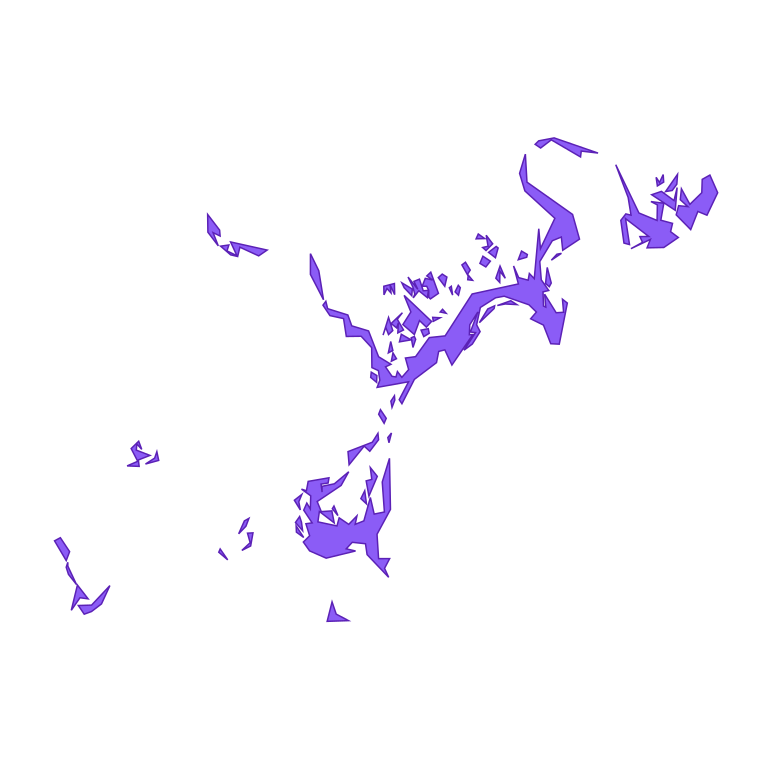 Rock Islands, Palau, rotated 7°
{"feature_id": "81905179B25065420091435", "entity_name": "Rock Islands", "entity_type": "district", "adm_level": 2, "iso_a3": "PLW", "parent_name": "Palau", "parent_adm1": "", "projection": "albers", "projection_center": [134.386, 7.235], "detail": "fine", "context": "isolated", "style": "filled", "palette": "violet", "viewbox_px": 768, "rotation_deg": 7, "n_neighbors": 0, "source": "geoboundaries", "source_scale": "gbopen_adm2", "svg_char_len": 6209}
<svg xmlns="http://www.w3.org/2000/svg" viewBox="0 0 768 768"><g transform="rotate(7 384 384)"><path d="M533.4,198.7L522.8,230.6L518.7,211.0L520.3,261.1L514.8,256.6L514.4,263.4L504.7,262.0L498.2,251.0L505.2,268.3L460.5,283.9L438.8,328.8L423.3,332.4L412.0,353.0L402.1,355.6L406.7,366.7L400.9,375.2L395.8,370.0L395.0,375.5L391.0,375.4L383.4,366.8L388.5,363.6L375.3,357.6L362.2,333.2L344.9,330.2L339.7,319.9L318.9,316.1L316.2,309.0L313.8,313.2L322.0,322.7L335.9,324.0L340.8,341.4L355.5,339.4L367.3,349.4L370.0,369.2L376.8,371.4L379.4,380.8L377.6,388.2L408.1,378.8L401.0,397.7L404.2,401.4L413.6,375.7L433.5,356.4L434.3,345.0L440.2,342.7L449.1,356.9L466.1,324.1L462.7,324.7L461.9,314.8L468.4,301.0L463.4,321.9L468.6,321.8L459.3,340.7L466.8,333.6L473.0,320.3L468.7,313.9L470.3,296.3L484.3,284.8L492.6,282.2L518.2,287.7L526.5,294.0L521.6,301.4L535.1,306.1L544.6,323.7L553.1,323.1L556.1,281.3L550.8,278.1L553.5,290.9L546.2,292.3L532.5,275.3L535.2,288.0L532.8,287.2L530.6,273.2L536.1,271.1L527.4,261.4L523.7,243.5L533.6,221.3L542.1,216.5L545.1,229.5L560.4,216.4L550.5,192.7L501.3,166.2L496.3,138.6L492.9,158.4L500.3,175.2L533.4,198.7ZM329.6,530.6L323.5,532.2L328.7,543.7L323.2,550.7L330.5,558.7L347.8,563.9L376.1,553.2L366.6,552.2L371.8,545.0L385.1,544.8L388.0,555.4L412.2,575.3L407.0,566.9L410.9,556.6L399.9,558.0L395.4,534.0L405.7,507.7L398.5,457.1L394.2,481.5L400.0,511.0L390.1,514.3L384.3,498.3L380.7,522.3L372.5,526.8L373.2,518.2L366.1,527.6L355.8,522.3L354.6,530.6L335.2,528.9L335.4,518.4L351.5,527.9L347.7,516.3L337.3,518.3L332.0,508.8L353.8,489.9L359.7,475.4L346.9,489.1L335.0,493.1L335.7,498.8L333.7,491.0L340.6,489.1L340.8,483.8L320.6,489.9L320.0,499.4L314.9,498.4L324.9,503.9L326.1,517.0L321.9,511.6L319.7,519.0L329.6,530.6ZM603.6,190.4L628.8,205.3L620.0,206.5L623.3,211.9L612.6,219.6L630.8,208.0L628.5,216.8L645.1,214.4L658.3,202.7L649.9,197.9L650.8,189.4L638.8,187.7L639.7,170.5L626.7,170.4L633.5,172.9L635.1,188.4L616.2,183.2L587.3,138.1L603.6,169.1L608.6,186.3L603.3,185.7L599.1,192.7L605.0,214.9L610.7,215.7L603.6,190.4ZM674.9,142.1L676.1,155.4L665.7,168.4L655.4,154.0L655.6,165.0L663.9,170.9L654.7,171.1L653.4,180.5L669.6,193.4L674.5,174.5L684.0,177.1L691.9,153.5L682.0,136.9L674.9,142.1ZM395.5,322.7L408.1,331.2L411.5,316.7L419.1,322.4L423.6,316.1L393.2,293.6L401.9,309.2L395.5,322.7ZM551.4,134.7L551.4,128.8L568.3,128.7L522.9,119.0L507.9,123.8L504.8,127.7L510.7,130.7L520.3,121.3L551.4,134.7ZM223.2,275.3L224.3,265.8L244.0,272.1L251.7,265.3L214.4,261.7L222.4,274.6L211.9,271.0L213.1,264.9L205.0,267.1L216.0,274.5L223.2,275.3ZM416.8,267.3L413.3,271.5L419.6,274.9L412.1,274.1L410.0,282.3L414.5,281.8L417.0,285.7L417.8,292.4L419.7,293.9L427.0,287.4L416.8,267.3ZM313.7,307.8L305.5,279.6L295.1,263.6L297.6,284.2L313.7,307.8ZM202.7,267.1L195.9,254.6L203.3,257.1L202.1,251.3L188.3,237.2L190.7,254.8L202.7,267.1ZM651.9,176.1L651.0,153.3L649.5,166.6L635.9,159.0L626.6,163.5L651.9,176.1ZM359.2,468.4L371.9,448.1L378.1,452.5L385.4,440.0L384.0,433.7L379.5,443.2L356.5,455.5L359.2,468.4ZM356.5,626.5L377.6,623.2L364.6,618.2L359.0,606.6L356.5,626.5ZM120.7,639.1L107.6,641.1L114.5,649.0L121.4,645.5L130.4,636.7L136.5,617.5L120.7,639.1ZM402.5,295.0L407.2,287.2L416.5,293.0L416.7,285.6L411.6,286.7L406.4,275.6L401.2,278.5L406.0,285.9L394.8,274.9L400.8,284.2L403.6,291.0L402.5,295.0ZM90.1,598.0L92.4,588.7L81.5,576.0L76.1,579.8L90.1,598.0ZM391.5,331.6L396.8,328.0L389.3,318.1L393.6,311.0L383.7,323.1L389.7,326.8L390.8,321.6L391.5,331.6ZM148.4,489.9L160.4,483.4L146.2,479.8L146.0,473.6L151.5,478.4L147.5,470.7L140.9,478.9L148.4,489.9ZM382.7,497.1L388.6,476.5L380.6,468.6L383.5,480.2L378.1,482.3L382.7,497.1ZM377.1,335.6L378.8,327.5L382.5,334.4L386.2,329.9L380.4,317.4L377.1,335.6ZM373.1,295.5L375.3,288.9L379.9,292.8L377.9,284.8L383.7,294.0L382.1,283.0L371.9,287.0L373.1,295.5ZM486.5,269.1L485.3,258.0L491.5,264.3L484.8,252.8L482.1,265.4L486.5,269.1ZM101.2,646.7L108.3,633.2L116.5,633.3L104.2,620.9L101.2,646.7ZM263.2,566.5L271.4,561.0L272.1,547.7L266.7,548.7L270.5,557.8L263.2,566.5ZM531.8,248.4L532.1,264.5L536.2,267.3L537.7,263.4L531.8,248.4ZM469.0,239.1L474.8,231.6L467.3,223.9L470.5,234.6L465.3,236.5L469.0,239.1ZM432.4,279.6L433.4,270.2L428.4,267.8L424.9,271.8L432.4,279.6ZM479.2,245.1L480.7,235.1L478.6,233.8L471.7,240.6L479.2,245.1ZM417.7,332.1L422.7,328.2L421.2,323.7L414.2,326.0L417.7,332.1ZM471.2,311.5L484.1,295.7L484.3,292.9L477.9,296.8L471.2,311.5ZM103.3,620.6L92.4,603.3L91.9,599.5L90.9,604.6L94.0,611.4L103.3,620.6ZM544.2,232.7L539.8,234.1L535.0,240.7L544.2,232.7ZM400.8,293.0L400.5,286.3L389.4,281.4L392.3,286.0L400.8,293.0ZM394.2,340.3L405.5,336.9L395.1,332.5L394.2,340.3ZM375.0,500.6L381.2,505.1L377.9,492.3L375.0,500.6ZM640.0,158.7L646.5,156.8L650.3,150.0L649.8,140.1L640.0,158.7ZM486.9,292.3L494.6,289.8L506.2,289.0L499.7,285.9L486.9,292.3ZM316.3,519.2L313.8,511.3L315.9,503.6L309.2,510.3L316.3,519.2ZM470.8,255.4L474.6,249.1L466.6,245.1L464.5,252.6L470.8,255.4ZM383.6,409.9L382.4,414.7L388.9,423.0L390.4,417.8L383.6,409.9ZM453.4,265.2L455.7,260.4L450.0,253.2L446.8,256.3L453.4,265.2ZM425.3,315.8L431.7,311.4L424.2,311.9L425.3,315.8ZM631.2,154.1L637.0,149.5L635.6,142.1L632.9,150.4L628.9,145.7L631.2,154.1ZM408.3,344.2L410.0,335.8L408.3,333.1L405.4,334.8L408.3,344.2ZM376.5,383.3L375.9,376.5L369.9,373.8L370.0,379.1L376.5,383.3ZM240.5,571.1L250.3,577.6L241.5,567.7L240.5,571.1ZM384.5,352.6L388.7,349.6L385.5,341.0L384.5,352.6ZM502.1,244.3L510.2,240.8L510.5,238.0L504.3,235.3L502.1,244.3ZM157.0,492.5L169.7,487.3L166.8,478.9L165.4,485.5L157.0,492.5ZM321.1,539.5L318.9,531.1L316.4,525.8L313.0,532.2L321.1,539.5ZM447.1,286.8L448.0,279.1L445.7,277.0L443.3,283.9L447.1,286.8ZM315.1,541.7L323.0,546.1L314.1,535.6L315.1,541.7ZM258.0,550.4L264.3,542.0L266.3,533.8L262.1,536.9L258.0,550.4ZM139.0,496.6L151.0,495.6L149.7,490.3L139.0,496.6ZM388.5,360.5L393.3,357.4L389.1,352.0L388.5,360.5ZM347.9,514.1L354.3,520.2L349.2,511.2L347.9,514.1ZM394.8,406.2L396.7,398.6L395.8,394.4L392.9,400.2L394.8,406.2ZM457.7,228.7L466.3,227.4L459.3,223.6L457.7,228.7ZM454.4,270.3L459.3,270.3L454.3,265.6L454.4,270.3ZM394.3,436.7L396.1,441.7L397.4,431.7L394.3,436.7ZM437.1,280.5L441.3,287.4L438.9,278.8L437.1,280.5ZM431.0,305.7L437.0,306.2L433.0,302.7L431.0,305.7Z" fill="#8b5cf6" stroke="#5b21b6" stroke-width="1.5"/></g></svg>